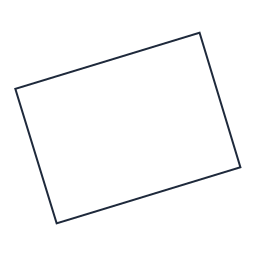 Bremer, Iowa, United States of America, rotated 163°
{"feature_id": "52423323B90792041725693", "entity_name": "Bremer", "entity_type": "district", "adm_level": 2, "iso_a3": "USA", "parent_name": "United States of America", "parent_adm1": "Iowa", "projection": "equal_earth", "projection_center": [-92.397, 42.775], "detail": "fine", "context": "isolated", "style": "outline", "palette": "slate", "viewbox_px": 256, "rotation_deg": 163, "n_neighbors": 0, "source": "geoboundaries", "source_scale": "gbopen_adm2", "svg_char_len": 232}
<svg xmlns="http://www.w3.org/2000/svg" viewBox="0 0 256 256"><g transform="rotate(163 128 128)"><path d="M31.7,198.2L224.3,198.4L224.1,57.7L32.0,57.6L31.8,151.6L31.7,198.2Z" fill="none" stroke="#1e293b" stroke-width="2"/></g></svg>